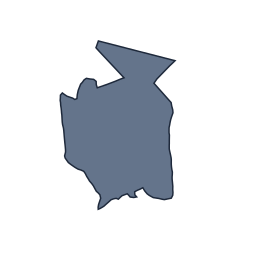 Campo Alegre, Alagoas, Brazil (Albers equal-area conic projection), rotated 219°
{"feature_id": "56859067B15895498916123", "entity_name": "Campo Alegre", "entity_type": "district", "adm_level": 2, "iso_a3": "BRA", "parent_name": "Brazil", "parent_adm1": "Alagoas", "projection": "albers", "projection_center": [-36.296, -9.82], "detail": "fine", "context": "isolated", "style": "filled", "palette": "slate", "viewbox_px": 256, "rotation_deg": 219, "n_neighbors": 0, "source": "geoboundaries", "source_scale": "gbopen_adm2", "svg_char_len": 1733}
<svg xmlns="http://www.w3.org/2000/svg" viewBox="0 0 256 256"><g transform="rotate(219 128 128)"><path d="M90.7,66.6L90.4,69.3L90.0,71.7L88.7,73.9L87.2,76.4L85.2,76.2L82.9,75.7L79.8,77.6L77.9,79.9L80.7,80.4L82.7,82.7L81.5,85.5L80.0,88.3L78.9,90.9L75.3,89.6L71.8,88.9L69.1,89.0L64.6,89.8L59.8,92.6L56.5,94.2L54.7,95.2L52.5,97.9L50.2,100.7L50.9,103.9L52.5,106.2L54.4,108.2L56.5,110.9L59.4,113.9L61.6,116.1L63.0,117.8L64.2,119.6L65.8,121.7L67.8,123.3L69.7,125.1L71.5,127.0L72.8,128.6L74.3,130.5L75.8,132.0L78.2,134.0L80.4,135.7L82.7,137.6L85.0,140.4L86.2,142.0L87.9,144.1L89.7,146.4L91.4,148.6L93.0,150.0L94.4,151.7L96.3,154.1L97.5,156.5L98.7,158.6L100.1,161.4L101.1,163.9L101.8,165.8L102.6,168.1L104.7,170.3L108.0,172.7L110.5,174.9L136.0,179.1L136.4,184.4L134.8,202.3L134.3,205.9L133.8,209.9L205.8,177.0L203.4,170.2L198.9,169.5L162.7,164.5L164.6,161.3L167.3,156.3L171.6,148.9L177.2,139.9L179.9,141.7L182.1,144.2L185.3,144.2L188.5,142.1L191.6,140.4L192.4,137.8L192.2,134.7L192.4,132.3L190.4,126.0L188.4,122.0L186.2,118.7L187.3,116.7L189.8,116.4L191.9,115.6L195.5,114.3L199.1,114.0L201.1,113.9L201.2,111.0L199.5,108.8L198.1,106.8L196.2,105.1L194.8,103.5L192.5,101.4L190.5,99.4L189.1,97.9L187.6,96.5L184.9,93.5L182.8,91.2L181.0,89.5L178.2,87.4L176.3,85.6L172.4,81.5L169.0,78.0L165.4,74.4L162.8,71.7L161.4,70.0L159.7,66.4L157.9,65.1L152.6,63.6L149.4,63.7L146.3,63.9L144.1,64.1L140.9,64.6L138.2,65.7L135.1,66.5L132.4,65.7L129.6,64.4L127.2,63.6L124.6,62.6L121.2,62.0L118.6,61.3L115.5,60.0L112.8,58.9L110.3,58.8L107.8,58.4L105.0,56.2L103.6,52.4L102.7,50.0L101.4,47.7L100.0,46.1L99.0,48.0L98.2,50.1L97.5,52.1L97.1,54.8L96.7,57.1L96.3,59.5L96.0,61.6L94.5,64.1L92.9,65.9L90.7,66.6Z" fill="#64748b" stroke="#1e293b" stroke-width="1.5"/></g></svg>